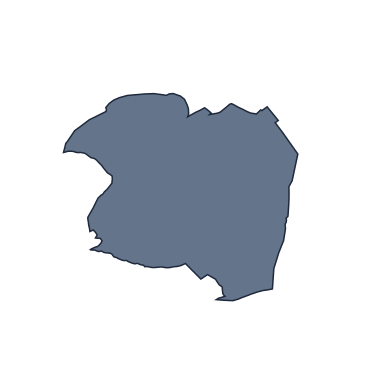 the district of Aquila, Veracruz, Mexico, rotated 46°
{"feature_id": "50627088B95158352021258", "entity_name": "Aquila", "entity_type": "district", "adm_level": 2, "iso_a3": "MEX", "parent_name": "Mexico", "parent_adm1": "Veracruz", "projection": "robinson", "projection_center": [-97.327, 18.788], "detail": "fine", "context": "isolated", "style": "filled", "palette": "slate", "viewbox_px": 384, "rotation_deg": 46, "n_neighbors": 0, "source": "geoboundaries", "source_scale": "gbopen_adm2", "svg_char_len": 3559}
<svg xmlns="http://www.w3.org/2000/svg" viewBox="0 0 384 384"><g transform="rotate(46 192 192)"><path d="M180.7,85.4L180.6,91.3L180.6,91.5L179.7,92.1L178.7,92.9L176.7,94.4L175.9,95.0L173.8,95.9L171.5,96.8L169.8,97.4L167.6,98.1L163.0,99.9L160.3,100.7L157.4,101.6L155.8,102.3L155.0,104.2L155.0,105.5L154.8,108.3L154.8,108.8L154.4,113.4L154.2,116.0L153.5,117.7L153.1,118.7L151.3,121.4L148.5,125.6L148.5,124.9L148.7,124.2L148.8,123.4L146.3,123.5L143.1,123.9L140.2,124.4L138.5,130.5L138.3,130.9L137.1,134.4L134.9,142.9L133.7,140.3L129.6,136.8L129.5,136.7L126.0,135.0L120.9,133.3L120.1,133.0L114.9,133.7L108.0,137.2L105.6,140.3L104.7,143.3L102.1,145.2L94.7,151.1L88.3,158.3L85.9,161.3L81.8,166.3L77.6,171.5L73.6,178.9L71.5,184.6L71.4,185.5L70.8,190.0L71.4,195.4L72.9,196.0L74.4,197.8L71.1,208.3L68.8,215.4L68.7,215.7L68.2,219.9L67.8,223.4L67.3,227.3L66.8,230.8L66.4,233.9L66.7,235.3L67.7,239.9L68.6,244.2L69.0,246.0L69.2,247.5L69.4,249.1L71.0,251.6L71.3,252.0L74.3,257.0L75.7,254.6L76.5,252.9L77.8,251.6L78.2,251.2L79.0,250.3L79.9,249.6L80.5,249.2L81.3,248.5L82.3,248.3L83.8,247.2L85.0,246.1L85.9,244.9L86.4,244.5L89.0,242.6L91.0,241.8L93.8,241.4L96.9,240.9L99.6,239.3L101.1,238.7L103.1,238.5L105.7,238.6L108.0,238.6L109.6,238.5L110.6,238.6L111.1,238.7L113.3,239.0L115.8,239.2L117.9,239.4L119.8,239.5L122.2,238.8L124.7,238.4L125.1,238.4L126.9,240.0L127.6,240.6L128.6,241.9L129.7,243.1L130.0,243.4L130.5,246.7L130.8,249.1L131.0,250.5L131.1,252.3L131.0,254.8L131.6,257.4L131.1,259.8L131.1,263.5L131.1,263.8L133.4,270.3L134.7,273.8L136.9,281.4L137.9,284.6L139.7,286.2L141.6,287.4L142.7,288.3L144.5,289.6L145.2,290.0L147.1,291.1L149.5,292.9L150.7,289.5L153.1,289.4L157.0,289.9L157.2,290.6L158.0,293.4L158.5,293.0L160.8,291.0L161.5,290.2L164.7,290.6L165.2,292.2L165.4,292.6L165.5,293.3L165.6,294.6L165.7,295.7L165.6,297.6L164.3,300.4L163.4,303.0L163.2,303.5L162.8,305.2L163.1,305.2L164.3,304.2L165.7,302.8L165.9,302.5L166.4,302.2L168.4,301.4L169.6,300.8L170.2,300.3L170.5,299.8L170.9,299.0L171.6,298.1L172.3,298.0L174.3,297.3L175.4,296.6L178.1,294.3L178.9,293.7L179.2,293.4L179.5,293.2L180.3,293.0L180.5,292.9L181.7,292.8L182.9,293.1L183.0,293.1L183.3,293.1L183.7,293.2L184.5,293.2L187.2,291.6L188.4,291.4L191.9,289.9L192.8,289.5L193.9,288.7L195.7,286.8L196.5,286.4L197.3,286.4L197.7,286.2L198.6,285.9L200.4,285.0L201.4,284.6L202.8,283.7L204.0,283.0L205.0,281.4L205.7,280.7L208.6,279.5L211.1,277.7L212.9,277.9L214.3,276.2L216.8,274.4L218.7,273.1L220.7,271.0L222.1,269.2L224.5,266.2L227.4,264.0L228.6,263.1L230.2,261.3L231.1,260.3L232.3,258.1L234.6,255.2L235.0,254.8L237.1,251.3L238.9,246.4L244.3,246.3L246.4,246.3L248.5,246.3L250.7,246.2L253.9,246.2L260.8,246.1L262.2,238.2L262.7,238.1L269.9,236.0L270.7,235.8L271.2,235.7L275.2,236.5L277.9,236.9L279.0,236.7L281.1,236.2L283.4,238.0L283.5,238.1L284.2,238.6L286.6,240.5L288.7,240.8L289.9,240.7L288.6,243.4L286.8,246.8L286.3,249.3L292.0,244.3L295.6,240.9L296.5,240.1L298.7,237.9L301.3,232.9L302.6,229.5L305.5,222.9L306.5,220.4L307.7,218.0L309.2,214.7L309.6,214.0L310.9,211.7L311.9,209.8L312.8,208.5L314.6,206.1L317.6,201.5L304.9,187.4L303.9,186.3L297.4,174.4L296.3,172.5L293.4,166.1L293.0,165.3L290.6,159.9L288.5,157.1L287.6,155.9L285.2,152.7L283.4,150.4L282.8,149.7L280.8,148.3L280.2,147.5L279.5,146.6L279.4,145.9L279.3,145.4L277.6,143.3L276.6,142.7L276.2,142.6L276.2,140.0L275.7,139.4L275.1,138.7L268.0,130.9L264.3,127.0L259.6,122.4L255.5,118.6L253.5,112.2L247.9,103.9L238.2,89.5L212.0,85.5L199.9,84.0L200.5,80.3L198.6,80.1L182.9,78.8L182.0,85.2L180.7,85.4Z" fill="#64748b" stroke="#1e293b" stroke-width="1.5"/></g></svg>